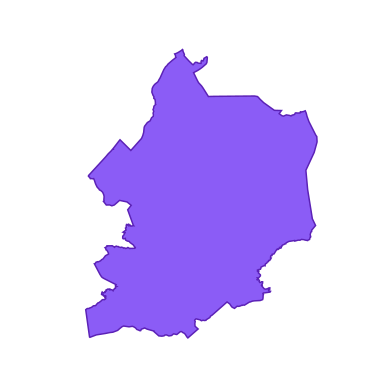 Tampamolón Corona, San Luis Potosí, Mexico, rotated 76°
{"feature_id": "50627088B27548444150283", "entity_name": "Tampamolón Corona", "entity_type": "district", "adm_level": 2, "iso_a3": "MEX", "parent_name": "Mexico", "parent_adm1": "San Luis Potosí", "projection": "robinson", "projection_center": [-98.758, 21.551], "detail": "fine", "context": "isolated", "style": "filled", "palette": "violet", "viewbox_px": 384, "rotation_deg": 76, "n_neighbors": 0, "source": "geoboundaries", "source_scale": "gbopen_adm2", "svg_char_len": 6044}
<svg xmlns="http://www.w3.org/2000/svg" viewBox="0 0 384 384"><g transform="rotate(76 192 192)"><path d="M179.6,280.2L183.9,278.3L184.6,275.1L186.0,273.1L185.8,270.5L182.6,264.3L185.9,257.5L190.2,254.2L193.7,258.7L210.2,257.0L210.6,256.8L210.4,257.5L210.5,258.8L210.1,260.0L209.5,259.7L209.0,260.2L209.3,261.2L208.6,261.0L207.9,261.2L207.9,261.8L208.4,262.1L208.5,262.6L208.1,262.8L207.7,263.4L208.8,264.0L210.6,264.4L210.9,265.3L212.9,265.2L214.3,268.6L215.2,266.8L215.9,267.4L216.0,267.9L216.7,268.1L217.2,268.5L218.1,269.9L219.9,270.4L220.6,270.2L220.9,269.7L220.9,267.9L221.8,268.1L222.6,268.0L223.9,266.7L224.8,264.9L226.1,264.3L229.1,261.8L231.3,261.0L232.0,260.4L232.8,261.0L232.1,264.3L231.8,265.0L231.9,265.9L230.3,267.6L230.6,268.4L230.8,269.9L230.4,270.2L229.8,271.3L230.0,271.8L229.1,272.6L228.4,274.0L228.6,274.6L227.6,276.4L227.2,276.5L226.8,277.7L226.2,278.5L226.4,280.1L226.9,280.5L224.9,282.3L223.7,287.3L224.1,287.2L225.0,289.9L225.7,289.4L227.4,289.4L227.9,288.7L230.7,287.9L232.0,288.0L232.9,291.4L235.4,294.5L235.8,296.1L236.6,297.3L237.1,299.8L237.3,299.7L236.8,300.4L236.7,300.9L237.0,301.4L236.9,302.1L238.0,303.3L238.0,304.1L249.8,301.2L252.4,300.3L253.3,299.7L254.7,298.3L263.5,288.1L264.1,288.9L264.6,289.0L265.5,287.9L265.6,288.9L265.7,289.2L266.9,289.6L266.8,290.2L267.5,291.3L267.9,291.6L268.5,291.4L268.0,291.8L268.1,292.1L268.7,292.5L267.6,293.2L267.3,293.8L267.2,294.5L266.3,295.0L266.2,295.3L266.3,295.6L266.6,295.7L266.0,296.1L266.1,296.7L265.8,297.5L266.3,298.5L266.2,299.0L266.7,299.3L267.2,299.1L267.6,299.9L267.4,300.3L267.6,300.7L268.4,300.7L268.4,301.4L268.2,302.6L267.3,303.3L268.4,304.2L269.0,304.1L269.5,304.5L269.6,304.4L269.6,304.0L270.2,303.9L270.3,303.5L270.1,303.1L271.1,303.1L271.4,302.4L271.8,302.6L272.5,301.8L272.4,301.2L272.0,301.0L272.2,300.8L272.8,301.5L273.0,302.0L273.3,302.1L273.8,302.0L273.8,301.6L273.6,301.3L274.6,301.5L275.2,302.7L275.3,303.2L274.8,304.5L275.1,305.7L275.7,306.5L276.8,309.1L276.9,310.3L277.4,310.8L277.7,311.6L278.3,312.2L278.9,313.0L278.6,315.1L278.9,316.0L279.3,316.6L279.7,318.1L279.7,318.9L280.1,320.2L279.8,321.1L279.8,322.1L280.5,323.6L307.9,326.5L308.3,326.2L307.5,319.3L308.3,310.2L308.5,305.8L308.9,302.7L308.3,297.6L307.0,295.1L305.8,292.5L305.5,290.8L307.6,285.7L307.9,282.4L308.5,281.4L310.2,279.7L312.0,278.8L313.3,276.9L313.7,276.6L314.1,275.7L314.1,275.3L312.9,274.4L312.5,270.8L314.1,268.9L317.8,262.5L318.2,262.7L323.6,259.0L324.6,256.1L324.8,253.9L324.3,253.0L324.4,251.5L326.1,249.2L326.3,246.5L325.2,244.3L325.3,244.1L325.5,243.4L326.2,242.2L326.6,241.2L324.7,237.1L324.9,235.9L326.1,235.0L327.0,233.9L328.3,233.0L331.4,232.0L332.6,231.3L326.4,219.2L323.0,221.5L320.4,221.1L318.4,220.2L317.3,220.5L316.5,219.8L316.1,218.7L318.1,214.9L318.5,214.7L319.2,214.0L319.1,212.3L319.7,211.1L319.9,209.5L319.4,209.1L318.1,205.0L317.0,204.2L316.3,202.2L307.2,184.6L309.7,182.5L312.9,181.3L313.6,180.8L315.2,178.9L313.7,175.8L314.1,175.0L314.3,173.9L314.2,172.1L313.9,171.3L314.2,170.4L314.0,169.9L314.5,168.5L312.7,162.9L312.8,161.9L312.5,159.9L312.7,157.8L313.8,152.1L313.5,149.5L312.2,148.8L309.2,147.9L308.9,147.5L307.8,147.8L307.3,147.3L308.0,140.5L307.3,139.8L306.5,141.2L305.9,141.5L305.1,141.3L305.1,140.0L303.8,139.7L303.7,141.1L304.1,141.9L304.1,144.0L303.9,144.5L303.3,145.4L300.0,147.0L299.6,146.4L299.0,146.4L298.9,146.8L297.5,145.5L296.2,145.2L295.9,146.2L296.3,147.5L296.2,148.1L295.1,148.5L294.3,148.0L292.8,148.6L293.1,149.5L293.0,150.0L292.6,150.1L291.9,149.0L291.1,149.3L291.3,148.6L291.5,148.2L289.9,145.9L288.9,145.7L286.5,147.2L285.5,146.4L284.9,146.3L284.7,147.6L283.6,147.4L283.4,145.7L283.5,144.3L283.0,143.8L281.6,143.2L280.8,139.6L281.3,139.0L279.5,138.1L279.1,136.7L278.2,135.8L278.0,134.7L277.0,134.3L277.2,133.2L276.0,131.8L275.3,131.2L275.1,131.8L273.6,131.3L273.0,130.9L273.0,129.7L271.9,129.4L271.9,127.4L268.2,123.6L268.0,122.6L268.6,122.5L268.4,121.8L267.8,121.0L267.3,120.7L267.9,120.4L267.8,119.0L267.1,118.6L266.7,118.8L266.4,118.0L266.2,117.7L265.8,117.7L265.4,117.0L265.2,115.4L264.8,114.6L265.0,113.6L264.1,112.9L263.4,110.0L263.9,104.1L264.5,104.1L264.4,100.6L264.9,98.8L264.5,97.2L265.4,94.8L265.8,94.3L267.1,91.5L266.8,91.2L266.5,89.4L265.2,88.8L264.3,87.7L263.7,87.9L263.5,87.6L262.1,87.7L259.7,86.4L259.4,85.5L258.0,85.1L254.4,80.2L247.1,81.7L217.6,79.2L198.8,76.3L198.3,76.1L183.2,63.9L174.0,58.7L173.1,58.4L168.4,57.5L167.0,58.1L152.1,61.5L146.4,62.1L143.1,62.1L140.6,62.5L140.9,64.4L140.8,65.8L140.8,66.6L140.4,67.2L140.5,67.5L141.2,67.5L141.4,68.2L140.9,70.5L140.3,72.2L140.5,72.9L141.2,73.3L141.5,73.8L141.7,74.8L141.6,76.3L142.1,76.8L142.0,77.8L141.4,78.6L140.0,81.8L140.5,84.9L139.8,86.2L137.1,88.5L134.6,85.5L132.7,92.3L122.6,100.9L118.5,103.5L116.2,104.7L115.2,105.4L114.0,108.1L104.5,147.6L103.3,153.0L93.6,156.2L91.3,157.1L87.5,159.2L84.7,159.9L76.6,161.6L75.3,156.6L74.5,154.3L73.5,151.9L71.1,147.2L69.9,146.2L65.3,144.6L64.6,144.7L64.3,145.0L65.2,148.0L65.5,147.9L67.5,149.7L66.7,151.0L67.5,151.6L68.8,151.9L69.4,152.2L68.4,154.9L67.5,155.7L67.0,157.3L67.7,158.6L68.6,159.6L68.8,160.2L68.0,160.9L64.1,163.3L57.9,166.7L56.6,166.1L53.3,166.7L51.9,166.5L51.4,166.8L52.1,168.0L53.4,172.2L53.8,174.3L53.8,175.4L55.6,175.0L56.9,175.2L57.6,175.0L59.4,179.1L62.1,184.4L63.4,185.9L64.1,187.3L66.4,189.7L73.5,195.3L75.2,197.0L76.3,197.9L77.0,198.7L78.3,201.7L78.8,202.5L80.1,204.1L81.8,205.5L85.4,206.8L89.0,206.4L90.1,205.9L92.0,206.4L93.1,205.5L96.1,205.8L97.3,206.2L98.2,206.0L99.2,207.8L100.3,208.6L101.2,208.8L102.6,209.9L104.4,209.6L106.1,210.7L107.8,210.8L109.2,211.3L110.2,213.3L112.8,215.4L113.8,218.5L116.7,222.1L117.8,222.8L122.5,224.5L125.3,226.1L127.8,228.0L136.9,241.3L123.9,249.2L124.6,250.2L130.6,257.8L131.5,257.9L131.4,258.5L131.1,258.5L132.7,260.7L134.7,264.1L137.1,267.4L150.9,288.3L151.5,288.7L153.7,287.6L154.5,287.4L154.5,286.8L155.2,285.1L155.2,284.2L156.8,283.9L160.8,283.6L164.2,282.9L166.8,281.5L167.6,281.3L168.5,280.2L169.3,279.6L170.4,278.9L171.5,278.6L173.5,278.3L175.2,278.4L178.2,279.4L179.3,279.4L179.6,280.2Z" fill="#8b5cf6" stroke="#5b21b6" stroke-width="1.5"/></g></svg>